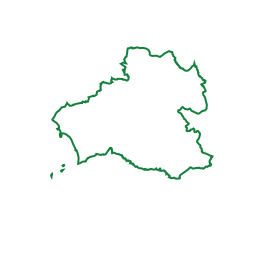 outline of Kota Serang, Banten, Indonesia, rotated 243°
{"feature_id": "22746128B38845978082923", "entity_name": "Kota Serang", "entity_type": "district", "adm_level": 2, "iso_a3": "IDN", "parent_name": "Indonesia", "parent_adm1": "Banten", "projection": "orthographic", "projection_center": [106.163, -6.1], "detail": "fine", "context": "isolated", "style": "outline", "palette": "green", "viewbox_px": 256, "rotation_deg": 243, "n_neighbors": 0, "source": "geoboundaries", "source_scale": "gbopen_adm2", "svg_char_len": 5921}
<svg xmlns="http://www.w3.org/2000/svg" viewBox="0 0 256 256"><g transform="rotate(243 128 128)"><path d="M169.8,64.4L169.0,64.4L164.9,66.7L161.7,67.3L159.9,67.0L159.3,66.5L159.1,65.7L159.4,65.1L159.4,64.5L158.5,64.7L158.6,65.6L158.2,66.0L157.4,66.2L155.7,66.3L154.5,65.9L153.6,64.5L151.8,63.8L150.8,63.7L150.4,64.2L150.4,64.5L151.4,65.3L153.2,66.1L153.1,67.0L152.1,68.5L150.2,70.1L147.6,71.2L147.2,71.7L143.8,72.2L142.2,72.2L139.1,71.8L135.2,71.8L132.9,71.6L132.1,71.1L131.6,71.8L131.3,71.6L131.1,72.0L128.0,71.6L124.5,70.7L122.3,69.6L118.8,67.3L118.4,69.3L118.6,72.3L117.5,75.0L117.9,75.2L117.8,75.8L118.5,76.4L119.0,77.5L119.1,78.6L119.5,78.7L119.4,81.3L118.4,85.4L118.6,87.3L119.3,88.0L116.1,91.9L116.2,92.3L115.8,94.2L115.1,94.4L114.7,96.1L118.4,103.0L118.2,103.6L117.8,104.0L117.0,103.5L116.3,104.1L115.8,103.7L114.0,103.1L113.1,102.4L112.7,102.4L112.8,103.3L112.6,104.0L109.8,106.5L108.8,108.0L108.2,108.2L107.6,109.0L107.2,109.1L106.7,110.1L106.1,110.4L105.0,109.8L104.3,110.5L103.1,110.1L102.7,110.3L102.3,111.6L101.9,112.0L100.8,111.5L100.1,112.2L99.1,111.8L99.0,112.2L99.2,113.0L98.9,113.8L98.0,113.8L97.6,114.3L97.4,115.1L96.5,115.1L95.9,114.3L95.8,114.9L94.7,114.8L94.4,115.8L93.7,116.4L92.8,115.9L92.3,116.5L90.1,117.0L89.8,117.3L89.7,118.6L88.7,118.7L87.0,119.8L85.6,122.1L83.9,123.2L83.9,124.2L83.4,124.1L83.4,124.8L82.5,125.1L82.6,126.0L81.5,126.8L81.6,127.5L81.1,128.8L81.4,129.5L80.1,131.0L78.9,132.7L78.7,133.7L79.1,134.7L78.0,134.8L76.5,136.1L76.1,136.8L76.1,137.3L77.3,137.7L77.4,138.2L77.2,138.4L75.2,137.4L74.6,138.4L74.1,140.5L73.8,140.8L73.2,140.8L72.8,141.5L72.1,141.6L71.7,141.3L70.8,141.7L69.6,141.2L69.8,142.1L68.3,142.4L67.8,143.0L67.1,143.0L66.2,143.4L65.9,143.3L65.5,142.2L63.4,144.1L62.9,146.3L62.1,146.7L61.6,147.5L61.2,147.6L60.4,148.9L60.1,150.3L59.6,151.1L59.8,151.6L61.3,151.9L62.3,153.2L63.8,163.1L64.5,164.8L64.6,165.6L64.5,166.0L62.5,167.2L62.5,167.6L61.9,168.5L61.5,170.5L60.9,171.4L60.9,172.2L60.2,172.8L60.3,173.4L59.2,174.3L58.4,176.0L57.5,176.7L57.9,178.1L57.9,179.0L58.2,179.6L58.0,180.6L57.4,181.0L57.6,182.2L57.3,182.7L57.4,183.3L57.0,183.9L57.1,184.5L57.6,184.9L57.4,185.1L57.8,185.6L58.7,185.3L59.0,184.7L59.9,185.4L60.7,185.2L61.4,185.6L62.2,186.3L62.4,187.2L62.8,188.0L64.0,188.7L63.8,189.7L64.4,190.4L66.1,188.7L69.3,186.3L72.4,183.2L73.5,183.0L73.9,183.2L74.0,183.7L75.0,183.7L76.2,184.3L76.5,184.0L78.2,183.7L79.3,184.6L80.6,184.4L81.1,183.9L84.4,183.2L85.6,184.2L85.9,185.5L87.7,187.7L88.4,188.1L89.6,189.3L91.1,189.6L91.5,189.2L93.0,189.3L93.6,188.9L93.8,188.0L93.5,186.6L94.1,185.5L94.7,185.5L96.6,186.5L97.8,186.2L97.7,183.8L98.1,182.9L97.3,181.7L97.4,181.1L98.2,180.2L98.2,179.5L99.0,178.9L101.2,180.5L101.7,180.5L102.8,180.0L103.5,180.4L103.8,183.0L104.2,184.1L104.5,184.2L107.3,183.0L109.6,182.9L110.9,182.1L112.8,182.3L114.6,181.9L116.3,182.0L118.1,181.1L119.0,180.2L119.7,180.1L120.9,180.9L120.6,181.9L120.6,183.1L121.8,185.2L121.9,186.1L118.9,187.5L118.2,188.7L117.3,189.8L117.3,191.6L117.0,192.2L114.7,192.3L109.3,196.5L108.8,197.3L108.7,198.3L109.4,201.8L108.7,204.5L109.1,205.9L109.5,206.7L113.0,208.8L120.3,210.5L123.3,210.2L125.0,210.5L125.8,211.3L125.4,213.3L125.7,214.0L129.3,214.3L130.0,214.0L131.1,214.3L131.7,213.7L131.7,213.4L133.5,213.1L133.4,217.3L134.5,218.2L134.8,217.5L135.3,217.6L135.7,218.0L135.9,217.9L136.5,217.2L136.4,216.7L136.6,216.6L137.5,216.5L138.8,216.7L139.4,216.3L141.3,215.8L141.7,215.5L141.5,215.2L142.3,215.0L144.7,215.2L145.2,215.9L146.0,215.8L148.4,216.4L148.8,216.0L151.8,216.9L152.0,215.8L155.5,216.5L154.7,215.8L154.0,214.9L153.7,212.9L152.7,211.0L151.9,207.7L152.5,205.9L153.8,204.5L155.0,204.2L155.5,203.8L156.3,203.7L156.5,203.0L157.8,201.9L158.0,201.8L158.3,202.1L159.1,201.6L159.3,201.9L160.2,201.7L161.0,201.4L161.3,201.0L161.8,201.3L162.6,200.9L162.9,201.0L163.1,200.6L164.2,200.9L164.7,200.3L165.7,200.3L165.9,200.7L167.3,200.3L167.6,200.4L167.6,201.2L168.3,201.3L168.9,202.0L169.3,201.7L170.6,201.5L171.4,201.0L172.6,201.3L173.8,201.1L174.8,201.8L175.6,201.8L175.8,201.3L177.1,200.0L177.9,199.5L177.8,193.9L177.3,192.2L176.8,188.8L179.5,186.1L181.2,182.4L182.3,181.2L183.6,180.7L185.6,181.7L188.1,181.8L190.6,180.2L193.0,177.1L193.1,176.3L194.1,174.5L194.8,173.9L195.5,172.7L195.9,172.4L196.1,170.5L196.4,170.0L196.6,168.5L197.1,167.9L197.7,168.2L198.5,167.0L198.5,165.0L199.0,164.0L198.5,163.4L196.4,162.1L196.1,161.7L194.5,160.9L193.4,159.7L192.3,159.2L192.3,157.8L191.6,157.3L190.9,155.7L187.5,155.4L186.4,155.6L186.8,154.9L187.7,154.6L188.2,154.0L188.4,152.9L188.4,150.8L183.3,153.5L182.6,152.5L181.6,151.7L182.3,149.9L181.9,149.7L181.0,150.2L180.7,150.2L180.1,150.7L179.4,150.1L179.6,149.8L178.2,149.7L177.0,149.2L176.8,150.2L176.2,150.8L176.1,151.6L175.1,151.6L174.8,151.8L174.1,151.3L173.5,151.4L173.1,151.8L172.7,151.4L172.3,151.3L171.2,150.4L170.8,149.7L170.7,148.6L172.6,146.9L173.3,145.5L174.0,145.6L176.3,141.6L176.5,141.1L176.2,140.5L177.1,138.4L178.3,137.5L178.5,137.0L179.7,136.4L179.2,136.2L178.8,135.2L177.7,134.9L177.4,134.3L176.2,134.8L176.4,134.1L175.7,133.5L175.7,133.1L175.9,131.6L177.9,129.1L178.6,128.6L179.5,127.1L180.2,127.1L180.3,126.1L179.9,124.0L179.5,124.5L177.6,122.3L177.3,122.4L175.9,121.5L174.2,121.1L174.3,120.0L173.9,119.6L174.4,119.1L174.4,116.8L172.7,115.6L172.1,115.4L171.9,114.8L171.8,112.3L172.1,111.7L172.4,111.7L173.3,106.8L171.9,106.5L169.7,104.2L170.2,103.3L170.9,102.7L170.2,101.9L170.8,101.5L170.8,101.0L172.2,99.5L172.1,99.2L171.1,98.4L171.9,96.8L173.2,92.2L173.2,90.3L173.6,90.1L173.7,89.7L173.3,88.9L174.0,86.5L174.2,86.2L176.0,85.8L176.7,85.1L177.9,85.0L176.9,83.8L175.6,81.3L176.5,78.3L174.7,74.4L174.8,73.4L174.3,72.4L174.3,71.5L173.3,69.8L171.7,67.8L169.8,64.4ZM120.1,51.1L120.5,49.5L120.4,49.1L119.6,48.9L119.3,49.2L120.1,51.1ZM121.6,39.5L121.4,38.8L120.8,38.1L120.3,37.8L119.4,37.8L120.6,38.6L121.2,39.4L121.6,39.5ZM124.1,54.2L124.3,53.7L124.1,52.6L123.4,52.8L123.3,53.6L123.8,54.3L124.1,54.2Z" fill="none" stroke="#15803d" stroke-width="2"/></g></svg>